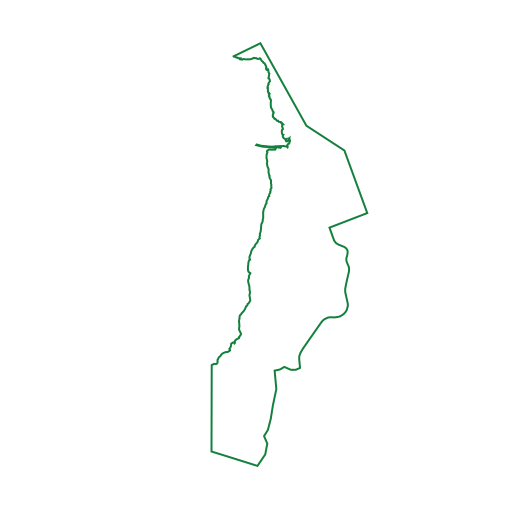 the district of Ngebuked, Ngaraard, Palau, rotated 334°
{"feature_id": "81905179B15793502543785", "entity_name": "Ngebuked", "entity_type": "district", "adm_level": 2, "iso_a3": "PLW", "parent_name": "Palau", "parent_adm1": "Ngaraard", "projection": "albers", "projection_center": [134.626, 7.627], "detail": "fine", "context": "isolated", "style": "outline", "palette": "green", "viewbox_px": 512, "rotation_deg": 334, "n_neighbors": 0, "source": "geoboundaries", "source_scale": "gbopen_adm2", "svg_char_len": 6085}
<svg xmlns="http://www.w3.org/2000/svg" viewBox="0 0 512 512"><g transform="rotate(334 256 256)"><path d="M353.2,66.7L322.5,66.7L323.9,67.0L324.3,67.5L324.6,68.2L325.4,68.8L325.8,69.5L326.4,69.6L326.7,70.0L326.7,70.3L327.8,71.0L327.6,71.1L327.7,71.9L328.1,71.9L328.5,71.7L328.9,71.7L328.6,72.7L329.7,73.5L330.8,73.3L332.8,74.7L333.7,75.1L335.5,75.9L336.3,76.4L338.4,77.0L338.8,76.9L339.3,76.9L340.7,77.2L340.9,77.0L341.2,77.2L341.2,77.4L341.7,77.6L342.5,78.1L342.8,78.1L343.2,78.8L344.1,79.8L345.0,80.0L345.9,79.9L346.4,80.3L346.6,80.9L346.4,81.6L346.6,82.7L346.8,83.4L347.4,84.5L347.3,85.2L347.5,85.8L347.9,86.2L348.2,86.8L348.2,87.3L348.1,87.9L348.3,88.5L348.1,89.2L348.3,89.8L348.1,90.6L347.7,91.0L347.4,91.5L347.8,92.0L347.6,92.4L347.1,92.6L347.1,93.3L347.4,93.6L348.0,93.9L348.6,93.7L348.6,94.3L348.4,94.7L347.8,96.2L347.8,96.9L348.0,97.9L346.8,99.3L346.2,100.5L345.8,101.0L345.4,101.1L345.1,102.0L345.6,102.7L345.5,104.0L345.3,104.3L345.2,105.0L343.3,106.0L342.9,106.4L342.8,107.0L342.4,107.0L342.1,107.6L341.1,108.3L340.6,109.1L340.6,109.6L340.4,109.7L340.3,110.2L339.9,110.2L339.9,110.6L339.7,111.5L339.4,112.2L339.3,113.0L338.9,113.2L338.8,113.7L338.7,114.6L339.1,115.1L338.7,115.5L338.7,116.2L339.0,116.4L338.5,116.7L338.7,116.9L338.4,117.4L338.0,117.7L337.6,118.3L337.9,118.9L337.7,119.2L337.7,119.9L337.4,120.5L337.8,121.5L337.6,121.6L337.7,122.1L337.7,122.6L337.4,123.2L336.4,124.7L336.2,125.3L335.2,127.4L334.6,129.0L334.6,130.0L334.8,131.6L334.5,132.9L334.7,133.4L334.6,133.8L334.8,134.2L334.4,134.7L334.7,134.9L334.5,135.2L334.1,135.2L333.9,135.7L333.0,136.4L332.8,137.4L332.3,137.8L332.3,138.9L332.7,139.5L332.7,140.0L333.0,140.4L333.2,140.8L332.9,140.9L333.1,141.3L333.7,141.8L333.9,142.9L334.3,143.8L335.1,144.1L335.0,144.6L335.3,145.3L336.5,146.2L337.1,146.5L337.2,147.0L337.0,147.6L337.1,148.1L337.4,148.5L337.8,148.5L337.8,149.0L338.0,149.2L338.1,149.6L337.4,149.4L337.1,149.6L336.9,150.1L336.2,150.9L336.2,152.0L336.0,152.4L336.0,152.9L336.4,153.5L336.1,153.3L336.0,153.6L335.6,153.9L335.1,154.0L334.7,154.1L334.3,154.5L333.6,155.7L333.0,157.5L333.1,158.4L333.7,159.1L332.8,159.6L332.5,160.4L332.4,161.1L332.5,161.9L333.3,163.5L333.7,163.9L334.0,164.1L334.5,164.2L333.7,164.6L333.4,165.0L333.5,165.4L333.4,165.6L333.4,166.2L334.3,166.6L335.0,166.5L335.8,166.2L336.7,165.5L337.3,164.9L337.6,164.8L337.4,165.1L337.2,166.8L337.0,167.5L336.7,167.9L336.3,167.8L335.5,169.1L334.8,169.5L334.3,169.3L332.4,170.2L332.0,170.7L332.5,171.2L332.3,171.8L332.0,172.1L331.8,171.4L329.5,169.6L329.4,169.4L321.5,165.9L319.0,165.1L316.3,163.7L309.0,159.2L305.5,156.1L304.8,156.5L309.8,160.6L317.4,165.0L319.4,166.0L321.9,166.9L325.7,168.4L325.9,168.8L326.0,169.3L325.8,169.4L325.2,169.5L324.6,168.7L323.7,168.4L322.6,167.3L322.0,167.3L321.5,167.5L321.1,168.0L320.4,168.1L319.9,168.8L319.1,168.5L318.3,167.9L317.0,167.5L315.8,166.8L315.2,166.3L314.3,166.1L313.8,165.9L313.2,166.3L312.4,166.3L311.8,166.6L311.6,167.0L311.6,168.0L310.9,168.6L310.3,169.3L309.8,169.7L308.8,171.8L308.4,172.4L308.3,173.4L307.9,174.5L307.8,175.4L307.5,176.1L306.8,177.0L306.4,177.5L306.2,178.2L305.5,180.7L305.5,183.0L304.7,185.0L304.2,185.6L303.8,186.7L303.5,188.6L303.2,189.4L303.4,190.1L302.9,190.4L302.6,191.3L302.4,192.6L302.6,193.4L302.7,194.1L302.6,194.6L301.6,196.8L301.2,197.4L301.1,198.5L299.9,200.9L299.7,201.7L298.9,202.0L298.1,202.7L298.0,203.5L297.7,203.9L297.0,204.3L296.7,205.3L295.2,206.2L294.9,206.5L294.1,207.6L294.1,208.0L293.4,208.1L292.5,208.6L291.9,209.6L290.1,210.8L289.5,211.4L288.9,212.4L288.8,213.1L288.4,213.4L287.5,213.8L286.6,214.5L286.0,215.3L285.2,216.1L284.1,216.8L283.2,217.7L281.5,220.0L280.2,222.8L279.7,223.7L279.4,224.6L278.8,225.4L277.9,226.3L277.5,227.4L277.1,227.9L276.6,228.2L275.9,229.0L275.1,229.4L274.5,230.1L271.4,235.4L270.3,236.6L269.4,237.6L268.9,238.2L268.8,239.0L268.5,239.5L267.6,240.1L267.3,240.8L267.1,241.9L265.8,242.1L265.0,242.5L263.8,243.7L263.6,244.1L263.0,244.4L260.9,245.2L259.2,246.4L258.9,247.1L257.4,247.3L254.8,248.8L253.0,250.6L252.4,251.6L251.2,252.5L249.8,253.9L249.4,254.5L249.2,255.1L249.2,256.1L249.1,256.5L248.8,256.3L248.2,256.6L247.9,257.0L247.0,257.7L245.6,259.7L245.1,260.7L244.4,261.6L243.2,263.8L242.5,265.5L242.4,267.0L242.5,267.5L242.8,267.8L243.4,268.8L243.3,269.2L242.6,269.4L242.4,269.7L240.8,271.0L240.4,271.6L240.2,272.5L238.4,274.2L237.8,275.4L237.5,276.4L237.4,277.3L237.0,278.7L236.8,280.2L235.2,283.9L235.1,284.8L234.4,286.6L233.2,287.9L232.8,288.7L232.0,291.5L231.3,293.6L228.8,295.2L227.4,295.5L226.9,296.2L225.9,296.8L225.2,296.8L222.9,298.8L221.8,299.6L219.9,300.5L218.1,301.1L217.0,301.9L216.2,302.0L215.1,302.7L214.1,304.2L213.8,304.9L212.9,306.0L211.8,307.8L211.7,308.6L211.1,309.7L210.7,311.0L210.2,312.0L209.5,312.9L208.5,314.7L208.5,319.3L207.4,320.3L207.2,320.6L206.5,320.8L205.1,321.4L205.0,322.2L204.7,322.4L202.3,322.3L200.5,322.7L199.9,323.1L199.2,323.8L198.9,324.9L198.4,325.1L198.4,324.4L198.3,323.9L197.7,323.6L196.8,323.8L195.8,323.8L195.2,324.0L194.8,324.8L194.3,325.4L193.7,326.3L191.8,327.7L191.4,327.8L191.3,328.4L191.5,328.9L191.3,329.4L190.7,329.7L189.4,329.7L189.0,329.9L188.2,329.7L187.0,329.2L185.8,329.0L184.4,328.9L182.9,329.0L181.6,329.4L180.0,330.4L179.2,330.5L178.2,330.8L177.2,331.5L176.7,332.1L176.2,332.2L175.5,333.1L175.1,334.4L174.5,335.1L173.6,335.6L172.7,335.7L171.9,335.1L170.9,334.5L170.0,334.7L168.8,334.5L168.4,334.6L130.3,412.2L165.3,445.3L177.3,438.4L183.9,429.6L184.3,421.4L190.5,417.5L197.9,408.8L205.9,397.4L215.9,384.6L222.5,367.2L227.8,368.5L232.8,368.1L237.5,373.6L241.9,375.7L246.5,375.9L249.6,367.7L250.9,365.1L253.4,362.6L257.8,359.7L274.5,350.4L284.8,344.7L287.4,343.4L289.8,342.8L293.9,342.9L296.5,343.9L299.6,345.6L302.4,346.5L304.8,347.1L307.8,346.9L309.9,346.4L311.9,345.6L313.9,344.3L316.7,341.1L317.7,338.8L320.3,327.8L321.7,324.7L325.7,319.4L332.9,310.5L334.1,308.2L334.6,306.9L334.9,301.9L335.2,299.9L335.9,298.1L338.7,294.8L339.9,293.0L340.6,291.6L340.6,289.9L340.3,288.4L339.3,286.5L335.2,282.0L333.7,279.7L333.0,276.7L333.5,271.6L334.5,262.7L374.8,266.2L381.7,199.9L358.4,161.0L353.2,66.7Z" fill="none" stroke="#15803d" stroke-width="2"/></g></svg>